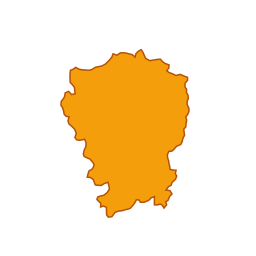 outline of Cristinápolis, Sergipe, Brazil, rotated 44°
{"feature_id": "56859067B95564871325424", "entity_name": "Cristinápolis", "entity_type": "district", "adm_level": 2, "iso_a3": "BRA", "parent_name": "Brazil", "parent_adm1": "Sergipe", "projection": "robinson", "projection_center": [-37.728, -11.484], "detail": "fine", "context": "isolated", "style": "filled", "palette": "amber", "viewbox_px": 256, "rotation_deg": 44, "n_neighbors": 0, "source": "geoboundaries", "source_scale": "gbopen_adm2", "svg_char_len": 2208}
<svg xmlns="http://www.w3.org/2000/svg" viewBox="0 0 256 256"><g transform="rotate(44 128 128)"><path d="M191.9,125.0L189.1,127.4L186.9,128.5L184.5,126.5L182.2,125.2L180.4,123.6L177.5,122.1L175.0,120.1L173.6,116.5L175.5,114.4L175.9,111.7L175.6,107.5L177.4,103.2L176.4,100.1L174.7,97.3L173.7,93.9L171.2,92.0L168.9,90.1L168.8,87.1L166.6,84.4L164.7,81.5L161.9,79.9L161.6,77.0L160.3,73.7L157.9,71.4L154.3,70.1L151.9,67.6L151.0,65.0L148.3,62.7L145.3,61.8L143.2,59.4L140.7,59.0L138.0,56.3L137.7,52.3L135.6,50.2L132.3,51.7L128.4,53.1L125.9,57.0L122.8,57.9L118.8,59.6L116.2,59.9L115.7,56.6L113.7,54.1L109.8,55.8L106.7,56.3L103.5,56.0L101.5,58.2L99.4,61.0L96.9,64.4L92.3,65.7L88.9,64.3L86.1,63.1L83.1,62.5L82.1,65.5L82.1,69.1L83.8,72.1L79.9,72.3L77.5,73.8L74.6,75.4L72.5,77.0L70.3,79.2L69.5,83.3L65.7,85.0L67.1,88.1L67.4,91.6L67.4,94.4L67.4,97.3L66.2,101.3L64.6,103.7L62.4,106.9L61.2,111.5L59.6,113.8L57.7,115.3L55.0,117.7L51.8,119.8L48.2,120.7L47.7,124.0L46.5,126.4L48.4,129.0L51.3,132.1L54.6,135.3L58.0,135.5L61.1,135.9L63.8,138.2L66.2,140.1L64.2,143.1L59.8,142.9L58.4,146.3L60.6,149.5L61.2,152.1L61.4,155.0L63.9,158.2L66.9,158.9L69.7,160.4L72.5,162.4L75.4,162.6L77.8,160.9L79.9,164.6L82.7,166.1L86.2,165.9L90.5,165.9L94.5,167.8L96.4,171.7L99.1,172.2L101.6,170.6L103.3,168.4L104.5,166.2L108.1,167.7L110.6,170.7L111.8,174.2L113.9,177.7L116.2,178.9L118.7,178.1L122.2,176.8L126.1,177.1L128.8,177.7L130.4,180.4L130.7,183.2L129.7,185.7L131.3,189.2L132.9,191.7L135.1,189.8L138.8,189.2L141.1,190.3L144.0,191.7L146.8,189.6L148.8,187.7L149.5,184.5L151.3,181.0L154.5,182.9L157.1,184.9L157.9,189.2L157.3,193.2L155.4,196.1L154.1,198.7L155.3,201.0L158.1,201.1L160.7,201.1L163.2,203.8L164.5,201.2L167.6,200.1L170.4,202.9L172.9,205.3L175.7,205.8L178.0,203.0L177.3,197.9L178.8,194.4L181.1,191.8L182.9,188.6L185.4,184.5L185.2,179.7L184.9,177.1L183.9,173.9L185.7,172.2L188.5,172.8L191.2,170.2L193.1,165.8L193.3,161.9L194.7,159.0L197.7,162.2L200.4,164.9L202.7,162.8L204.1,160.2L206.6,159.8L209.5,160.6L209.1,156.3L206.3,154.9L207.1,152.4L205.5,148.3L205.5,144.9L201.7,143.9L198.4,146.3L197.9,142.2L198.8,139.1L197.5,136.7L197.8,131.8L196.3,128.6L193.9,128.1L191.9,125.0Z" fill="#f59e0b" stroke="#b45309" stroke-width="1.5"/></g></svg>